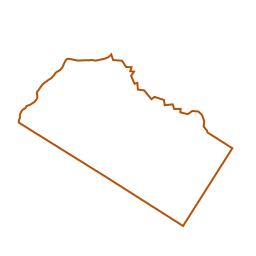 outline of Clinton, Iowa, United States of America, rotated 212°
{"feature_id": "52423323B69668368996820", "entity_name": "Clinton", "entity_type": "district", "adm_level": 2, "iso_a3": "USA", "parent_name": "United States of America", "parent_adm1": "Iowa", "projection": "orthographic", "projection_center": [-90.349, 41.881], "detail": "fine", "context": "isolated", "style": "outline", "palette": "amber", "viewbox_px": 256, "rotation_deg": 212, "n_neighbors": 0, "source": "geoboundaries", "source_scale": "gbopen_adm2", "svg_char_len": 1130}
<svg xmlns="http://www.w3.org/2000/svg" viewBox="0 0 256 256"><g transform="rotate(212 128 128)"><path d="M29.2,104.8L28.8,166.1L58.2,166.3L59.3,167.5L64.6,169.3L66.9,174.2L72.3,178.3L77.1,179.3L82.6,176.4L84.6,171.4L91.9,169.0L93.5,172.1L98.9,168.6L102.7,171.7L108.9,166.8L112.4,170.8L121.9,168.5L123.4,164.8L134.2,168.5L140.0,165.8L144.0,171.2L145.9,169.0L153.0,173.9L152.8,179.0L156.2,177.4L157.2,181.4L162.0,178.7L168.7,181.9L176.6,177.8L181.2,181.5L181.5,179.6L182.7,176.8L184.8,174.1L191.1,168.0L195.1,166.3L196.3,165.2L198.9,163.6L200.6,162.5L205.8,158.9L207.2,158.2L214.8,155.4L216.4,154.0L216.6,153.2L216.7,152.3L216.4,148.6L215.8,144.9L215.9,143.8L216.3,141.3L216.5,140.8L218.1,137.7L218.7,136.4L218.7,133.3L219.4,129.7L220.7,127.1L222.8,122.1L223.7,119.1L223.8,115.9L224.1,111.2L224.2,110.5L223.9,109.8L222.8,108.0L221.8,107.1L221.0,105.6L220.7,104.2L220.9,101.7L221.4,99.9L223.6,95.4L224.9,93.9L225.6,92.8L225.6,90.4L227.0,87.7L227.2,85.1L226.9,83.1L226.2,81.1L225.0,79.3L224.8,78.3L224.6,77.0L224.3,76.0L224.1,75.5L223.4,74.7L120.6,74.8L29.4,74.1L29.2,104.8Z" fill="none" stroke="#b45309" stroke-width="2"/></g></svg>